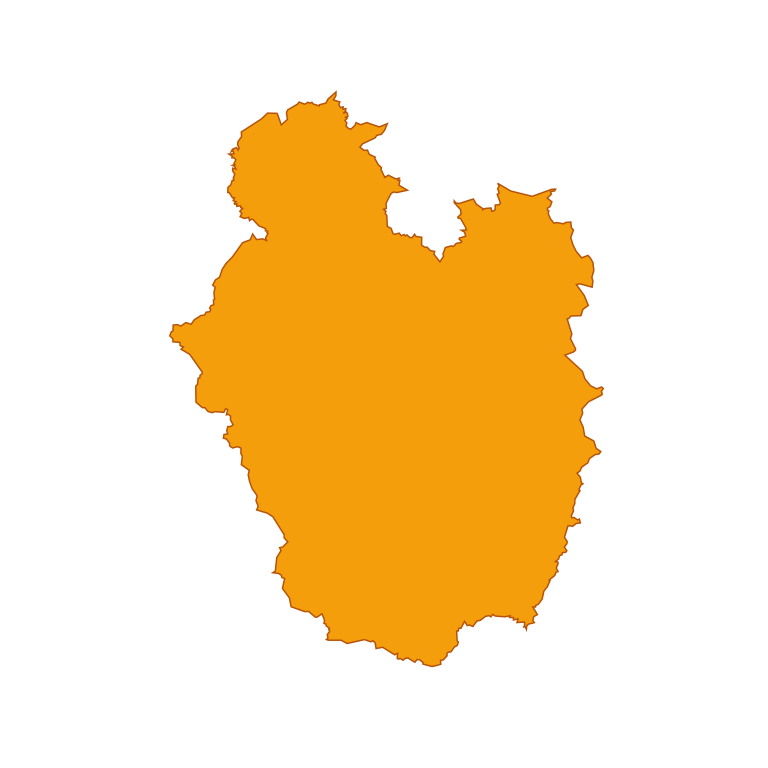 Talpa de Allende, Jalisco, Mexico (Albers equal-area conic projection), rotated 28°
{"feature_id": "50627088B38864018180233", "entity_name": "Talpa de Allende", "entity_type": "district", "adm_level": 2, "iso_a3": "MEX", "parent_name": "Mexico", "parent_adm1": "Jalisco", "projection": "albers", "projection_center": [-105.005, 20.299], "detail": "fine", "context": "isolated", "style": "filled", "palette": "amber", "viewbox_px": 768, "rotation_deg": 28, "n_neighbors": 0, "source": "geoboundaries", "source_scale": "gbopen_adm2", "svg_char_len": 6170}
<svg xmlns="http://www.w3.org/2000/svg" viewBox="0 0 768 768"><g transform="rotate(28 384 384)"><path d="M622.6,414.4L619.9,411.5L618.6,413.2L614.6,412.6L612.6,413.9L611.3,412.5L610.9,407.0L608.9,404.6L608.6,400.0L606.7,396.3L607.1,386.1L605.7,386.0L605.3,380.8L606.5,378.7L604.7,378.6L601.1,374.1L596.3,372.1L597.9,368.9L597.6,364.6L601.0,357.8L600.4,353.3L603.5,347.3L606.8,344.7L607.1,341.9L601.5,341.2L596.0,335.8L585.6,335.7L580.1,328.6L573.8,323.7L573.1,316.4L570.6,313.4L572.9,303.6L581.0,292.1L581.5,290.4L579.5,288.6L579.7,285.0L577.5,284.5L574.1,288.4L567.2,288.6L558.8,285.0L553.3,279.7L530.2,273.6L536.2,266.8L537.2,264.5L536.6,263.0L527.3,256.4L526.4,251.7L515.1,240.5L516.5,239.4L517.0,236.3L525.8,231.2L524.6,224.7L527.5,218.7L519.3,211.9L507.2,205.9L509.9,203.6L522.3,200.8L520.2,195.2L517.4,192.1L516.0,185.3L511.4,178.6L506.7,175.7L503.7,174.7L499.3,179.8L491.5,176.7L485.6,172.5L480.1,167.0L479.0,159.1L476.0,158.0L472.9,153.3L468.4,156.2L467.5,158.2L460.2,160.6L458.8,162.3L453.7,160.2L449.1,156.6L448.2,153.7L446.5,153.6L445.8,152.0L447.4,149.3L446.7,144.3L440.8,143.2L442.7,137.9L440.7,136.0L444.1,133.3L444.0,131.4L440.7,133.3L426.8,148.7L405.4,154.1L390.1,153.5L392.8,155.0L392.6,158.0L396.1,161.5L394.9,163.4L401.9,169.6L401.4,171.8L398.2,173.8L400.3,178.0L399.2,180.0L397.9,180.9L395.9,178.3L390.4,181.9L389.5,183.8L388.8,182.8L381.2,181.9L376.0,178.7L366.0,189.0L362.8,190.5L360.1,189.4L360.9,190.9L369.7,194.1L372.3,197.8L370.8,201.9L371.7,202.8L373.9,201.9L382.1,207.1L384.5,209.3L380.2,211.9L384.0,212.1L386.7,215.3L382.1,219.7L382.5,221.0L385.7,221.6L385.6,222.9L381.8,225.9L380.8,229.9L378.5,230.5L374.1,234.7L375.0,241.5L376.6,243.2L376.0,249.9L367.0,245.9L366.5,243.1L362.5,244.5L357.7,242.9L356.1,244.1L352.0,243.8L348.4,236.7L343.0,238.7L340.7,237.4L340.1,241.6L337.8,242.5L334.2,241.6L333.4,243.2L331.7,242.6L329.5,244.9L326.5,243.7L323.1,246.9L321.3,246.9L317.1,243.2L313.0,243.4L307.4,234.0L304.8,232.7L304.7,230.6L301.6,230.0L303.6,228.0L301.0,223.4L300.8,216.7L300.9,212.3L302.5,209.8L305.2,209.1L313.7,201.9L303.9,201.5L302.4,196.7L300.9,197.5L300.8,195.1L298.2,197.4L289.8,197.6L287.7,201.2L280.6,196.0L280.2,194.2L275.7,192.9L269.9,189.1L269.7,187.8L263.2,188.1L259.6,185.3L256.7,187.1L251.5,186.2L252.3,182.0L260.6,170.8L260.9,167.9L264.5,164.7L265.4,159.7L264.7,152.6L259.2,159.2L246.0,161.3L241.8,166.0L236.6,166.4L237.0,169.1L235.1,174.6L232.4,175.0L229.2,174.0L228.7,171.1L225.8,169.6L226.7,166.7L224.9,166.5L226.5,164.8L224.7,162.3L223.1,161.6L220.9,164.2L221.9,161.4L221.1,158.8L218.6,160.6L217.8,158.5L215.8,160.4L213.0,158.6L212.6,155.7L206.0,156.9L206.2,152.1L204.5,148.7L200.8,158.7L200.8,163.3L195.9,167.7L196.2,168.8L190.1,170.0L188.1,169.1L187.1,170.6L184.6,171.0L182.6,174.2L176.7,174.9L176.2,177.6L170.3,187.2L170.5,190.2L174.5,195.7L171.7,203.4L162.6,195.2L154.0,199.5L151.4,207.4L139.7,228.5L142.1,232.4L141.3,238.7L142.5,241.6L145.4,243.8L145.3,246.0L142.8,244.5L140.0,247.8L140.0,250.5L141.1,248.9L143.4,251.1L139.2,253.8L143.2,254.0L143.4,255.7L145.7,254.7L147.9,255.6L148.0,259.8L149.5,260.3L147.5,262.1L149.8,261.9L152.4,263.7L149.2,264.4L150.2,266.8L153.7,268.8L154.3,273.1L155.8,274.6L154.4,275.7L155.3,280.0L153.9,283.5L156.1,288.2L157.7,287.8L162.8,290.7L164.5,289.8L164.7,292.9L167.8,292.5L166.9,294.6L167.9,295.4L169.5,294.0L170.6,296.3L173.7,294.0L174.7,295.5L176.7,295.3L175.6,299.2L178.4,300.2L178.4,303.8L183.0,303.4L186.3,300.4L188.6,302.9L189.5,300.7L191.1,300.3L199.2,303.1L206.5,302.4L207.3,304.4L209.5,303.7L209.6,305.3L210.8,305.3L210.9,310.8L212.9,312.5L208.8,312.8L203.6,316.3L197.6,313.2L198.2,319.5L192.8,325.6L190.5,342.9L187.9,351.8L187.3,358.7L188.7,366.9L186.3,371.3L186.3,377.1L189.5,377.8L190.9,383.1L194.7,388.8L194.0,390.0L196.4,393.9L194.4,396.1L194.5,399.0L196.1,399.7L196.2,402.0L193.3,404.0L193.1,407.5L190.3,409.3L186.3,416.4L185.7,421.8L180.2,422.8L177.4,428.3L173.9,428.5L170.2,430.9L172.8,436.3L171.7,437.9L172.3,442.1L176.3,443.2L177.9,445.9L184.1,443.1L186.0,445.8L189.5,445.5L188.5,448.6L198.5,449.0L217.9,458.8L218.6,460.4L217.5,462.7L218.5,464.9L217.2,466.1L219.5,472.0L218.8,474.2L226.5,488.3L234.8,490.2L236.8,489.0L241.6,490.9L245.8,490.0L247.5,487.9L255.9,484.2L255.8,480.1L258.0,480.0L259.3,485.2L261.0,483.9L263.6,484.4L265.2,487.7L269.9,490.9L268.6,493.5L266.1,494.9L267.1,499.1L269.5,501.6L266.4,503.6L267.6,507.2L270.8,506.6L275.2,508.6L277.0,511.2L280.3,511.6L284.1,508.1L287.8,507.7L290.3,512.6L292.8,514.3L295.9,522.2L305.6,523.5L306.7,527.9L311.0,533.1L316.9,538.4L324.5,542.2L325.8,547.2L330.3,551.0L330.7,555.0L341.6,552.8L348.2,553.4L366.7,564.0L368.0,566.7L373.2,568.6L371.0,575.7L368.6,577.5L371.3,579.5L370.8,587.6L375.9,600.2L374.4,602.8L379.9,600.8L382.9,600.9L384.7,602.8L387.6,602.4L390.3,612.2L400.8,617.2L406.6,624.3L420.8,622.2L424.3,620.2L432.8,622.1L434.5,621.1L437.1,616.0L442.4,620.5L443.4,623.6L445.3,623.2L446.7,624.8L450.5,625.2L450.3,626.6L452.3,628.1L451.5,631.8L453.9,634.9L453.1,636.6L455.0,636.4L466.3,630.4L473.3,630.4L486.7,618.9L493.6,617.7L494.6,615.9L497.7,616.7L501.2,621.3L506.4,617.1L520.6,618.1L522.4,615.4L524.5,620.1L525.6,620.2L527.6,618.7L530.5,619.0L531.7,616.0L533.9,614.7L541.9,615.2L542.5,611.9L544.9,610.7L549.2,611.6L549.9,613.0L559.0,610.9L561.8,608.6L565.7,604.8L563.6,601.4L565.9,599.8L567.3,594.2L566.2,593.1L566.4,590.9L568.9,589.0L569.6,583.3L571.4,580.4L570.8,576.9L569.1,576.4L564.1,568.0L565.5,567.2L564.8,564.5L566.6,563.5L566.6,555.8L570.9,558.3L572.6,556.7L576.3,556.4L577.3,549.6L579.9,547.6L582.7,541.5L585.6,539.2L587.7,539.4L588.2,536.4L591.3,536.6L600.0,532.8L604.2,529.4L604.4,531.2L608.0,529.4L609.0,531.6L612.7,528.5L613.4,532.2L619.6,528.3L621.2,530.2L621.5,532.9L622.6,532.0L624.9,533.8L623.6,530.5L624.3,528.2L628.8,524.1L626.5,522.9L625.4,519.2L627.7,515.6L620.1,511.0L622.5,509.7L621.9,508.3L623.7,505.9L624.6,499.6L622.4,491.9L623.4,486.3L622.9,479.7L621.9,479.6L624.7,472.9L624.2,469.7L625.7,467.8L622.5,465.7L622.0,460.7L621.0,459.6L618.8,460.3L620.3,456.5L619.6,453.3L621.3,451.2L620.7,449.2L623.5,447.2L623.7,445.4L619.7,443.2L620.5,439.2L619.7,437.1L615.3,434.6L613.0,422.6L617.4,421.1L619.1,417.0L622.6,414.4Z" fill="#f59e0b" stroke="#b45309" stroke-width="1.5"/></g></svg>